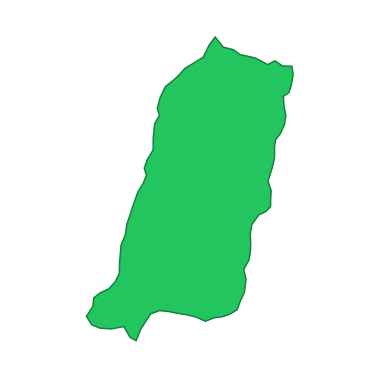 the district of Marinópolis, São Paulo, Brazil, rotated 11°
{"feature_id": "56859067B71245094474984", "entity_name": "Marinópolis", "entity_type": "district", "adm_level": 2, "iso_a3": "BRA", "parent_name": "Brazil", "parent_adm1": "São Paulo", "projection": "mercator", "projection_center": [-50.833, -20.48], "detail": "fine", "context": "isolated", "style": "filled", "palette": "green", "viewbox_px": 384, "rotation_deg": 11, "n_neighbors": 0, "source": "geoboundaries", "source_scale": "gbopen_adm2", "svg_char_len": 1203}
<svg xmlns="http://www.w3.org/2000/svg" viewBox="0 0 384 384"><g transform="rotate(11 192 192)"><path d="M112.1,334.2L118.9,341.5L127.6,343.2L138.9,341.8L150.8,337.1L159.0,346.6L165.5,348.6L167.9,336.3L174.6,319.7L182.7,314.6L191.9,313.8L202.1,313.8L209.6,313.5L219.2,313.9L230.0,316.3L237.8,311.2L245.3,308.8L252.4,304.7L258.9,298.9L260.0,290.9L262.6,280.4L261.7,267.4L257.6,258.2L260.9,247.7L260.6,238.9L259.3,230.6L257.2,222.2L256.9,212.5L262.0,201.6L268.1,197.2L271.9,191.5L270.6,184.2L269.5,175.6L264.5,166.8L266.1,153.1L266.5,142.7L264.4,131.6L264.1,124.6L267.5,118.1L269.9,108.0L269.5,98.9L266.1,90.6L263.4,80.7L268.2,76.0L269.1,67.8L268.9,57.6L266.1,49.5L256.9,51.0L248.3,47.4L242.0,52.5L228.7,48.4L220.5,48.1L213.1,48.0L205.6,44.5L195.0,43.8L185.1,35.4L180.7,44.9L177.3,57.5L169.9,64.4L161.7,71.7L156.0,81.1L151.8,86.6L145.8,93.5L142.7,105.4L142.0,116.7L145.4,122.8L142.3,132.3L143.6,146.0L145.8,158.0L141.9,168.9L140.6,177.7L144.0,184.2L142.6,192.2L138.9,202.3L136.6,217.3L135.4,227.5L134.1,236.1L134.8,246.3L132.5,257.6L133.4,265.8L134.2,274.2L136.2,285.8L133.8,294.7L128.8,303.0L121.2,308.4L115.8,314.6L116.5,323.0L112.1,334.2Z" fill="#22c55e" stroke="#15803d" stroke-width="1.5"/></g></svg>